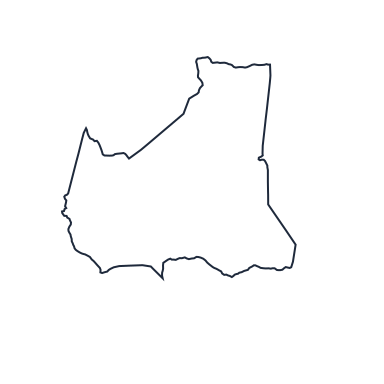 the district of Guanambi, Bahia, Brazil, rotated 151°
{"feature_id": "56859067B56952710224851", "entity_name": "Guanambi", "entity_type": "district", "adm_level": 2, "iso_a3": "BRA", "parent_name": "Brazil", "parent_adm1": "Bahia", "projection": "orthographic", "projection_center": [-42.803, -14.19], "detail": "fine", "context": "isolated", "style": "outline", "palette": "slate", "viewbox_px": 384, "rotation_deg": 151, "n_neighbors": 0, "source": "geoboundaries", "source_scale": "gbopen_adm2", "svg_char_len": 3249}
<svg xmlns="http://www.w3.org/2000/svg" viewBox="0 0 384 384"><g transform="rotate(151 192 192)"><path d="M205.0,108.4L205.1,106.1L204.0,103.9L202.0,103.1L201.0,101.6L199.6,100.2L198.4,98.3L196.4,98.5L194.8,99.0L192.9,98.7L191.4,98.2L189.8,98.5L187.4,97.8L184.7,97.7L182.5,97.2L180.9,96.8L178.7,97.8L175.5,97.7L173.4,97.9L172.1,97.1L171.2,95.8L169.9,94.2L168.8,92.4L166.4,90.6L164.4,89.3L162.0,88.1L160.2,86.7L158.6,86.3L156.7,85.2L155.6,82.7L154.4,81.8L152.5,80.8L150.6,80.2L148.5,80.7L146.4,80.9L144.9,79.5L143.4,78.2L141.7,78.1L137.5,82.1L126.9,95.7L128.4,112.6L131.2,141.8L131.4,144.2L126.9,152.4L125.5,155.1L120.6,164.3L115.0,174.4L114.1,177.1L113.3,178.6L113.2,180.8L113.1,183.6L113.6,185.4L115.2,186.4L117.1,186.8L117.9,188.2L116.9,189.6L114.2,189.4L112.4,189.7L111.7,191.4L107.7,198.2L106.7,199.6L93.5,218.2L92.6,219.5L86.1,228.5L71.2,249.5L68.2,253.9L66.9,255.9L62.0,265.6L63.7,266.5L64.8,267.7L67.1,268.2L69.5,269.3L72.2,270.7L73.9,272.0L75.6,273.4L77.7,274.1L80.4,274.2L83.4,274.5L85.3,275.1L87.1,276.6L89.4,278.0L91.2,278.8L93.4,279.6L94.8,281.1L95.5,283.6L96.5,284.9L97.9,286.0L99.1,287.7L100.7,289.2L102.8,290.3L105.0,291.3L107.0,293.1L109.7,294.2L111.3,294.9L112.0,296.6L111.6,298.6L112.0,300.5L112.8,302.4L115.5,303.2L117.7,304.3L119.5,304.7L122.4,305.9L124.0,305.2L125.3,303.8L125.7,301.6L126.4,299.7L127.0,298.0L127.4,296.5L127.7,294.8L129.0,292.7L130.4,290.9L131.1,289.4L130.7,287.7L130.1,285.3L130.0,282.5L130.9,280.2L132.7,279.7L134.7,279.0L136.6,277.6L137.9,275.9L140.1,275.3L143.8,275.3L149.2,275.0L159.9,265.9L161.5,264.5L164.0,264.0L208.0,255.2L212.7,254.3L216.4,253.6L230.9,251.8L231.3,254.1L231.5,255.9L231.9,257.7L233.0,259.3L234.9,260.0L237.2,261.0L239.3,261.9L241.1,262.5L242.8,262.2L244.5,262.7L246.9,264.0L248.9,265.2L250.9,266.4L251.8,268.2L251.2,270.8L250.8,272.8L250.4,275.6L250.1,277.9L250.0,280.6L250.4,282.9L252.6,283.7L253.1,285.8L255.1,288.3L255.2,291.4L255.0,293.3L254.5,295.3L253.9,297.0L253.8,299.1L258.0,296.2L262.6,291.4L272.9,280.4L278.5,274.6L301.0,250.8L302.7,250.2L304.5,250.5L306.0,249.8L306.4,247.6L306.0,245.6L307.3,243.9L308.4,242.7L309.9,241.1L309.8,238.9L311.6,238.9L313.2,237.4L315.1,238.0L315.7,236.5L315.5,234.7L315.3,233.1L313.3,231.9L313.5,230.1L312.2,227.9L312.5,226.2L312.6,224.0L313.8,222.3L316.0,221.2L318.1,219.5L318.9,217.8L319.0,216.0L318.9,213.7L319.5,212.0L320.0,209.3L321.1,207.0L321.2,204.9L321.5,203.4L321.5,201.7L322.0,199.7L321.7,197.8L320.9,196.0L319.6,193.7L318.3,191.8L317.1,190.5L315.7,189.2L314.1,186.8L312.8,184.7L312.4,181.6L311.5,179.3L311.0,177.2L310.6,175.3L310.2,173.5L309.8,171.9L309.4,170.2L309.7,168.3L311.1,166.1L309.9,164.7L307.3,164.2L304.7,163.5L302.6,164.2L300.5,164.3L299.0,164.2L297.0,164.1L291.6,162.5L282.0,157.7L270.8,152.0L264.1,146.8L263.3,143.8L259.5,130.8L258.8,133.2L258.0,134.7L257.1,136.1L255.9,137.2L254.4,139.0L252.9,141.9L251.4,144.0L249.9,144.1L248.1,144.3L245.6,144.5L243.3,144.2L242.5,142.7L241.0,141.9L239.1,140.5L236.8,140.4L234.9,140.2L233.0,139.0L230.0,138.3L228.8,136.4L227.3,134.8L224.6,134.0L222.3,133.0L219.6,133.1L218.0,132.1L216.2,130.4L214.5,128.2L213.4,125.6L212.9,122.9L212.0,120.4L211.1,118.3L210.3,116.4L209.3,114.7L208.2,113.4L207.3,112.1L206.3,110.4L205.0,108.4Z" fill="none" stroke="#1e293b" stroke-width="2"/></g></svg>